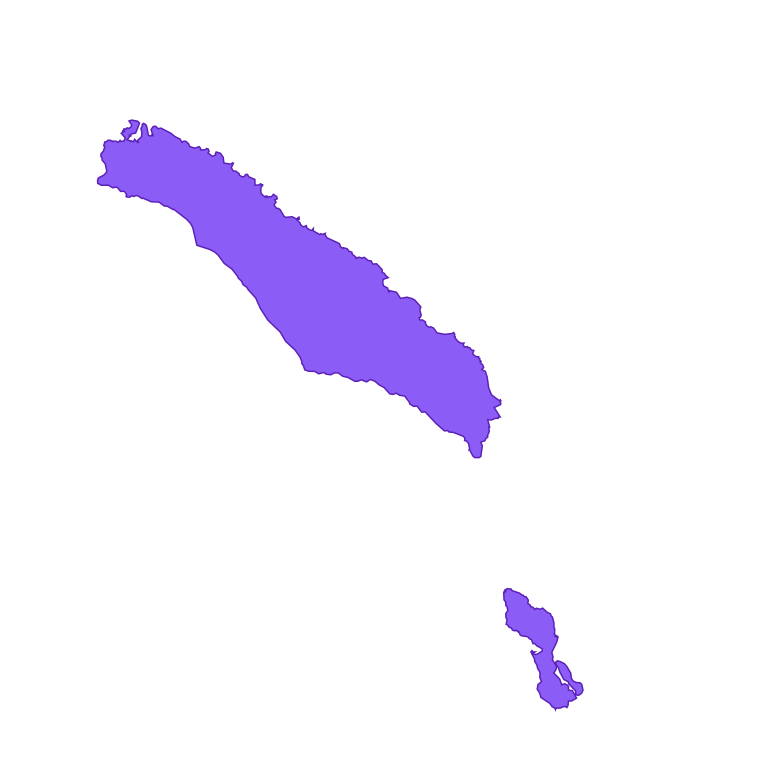 Ranongga-Simbo, Western, Solomon Islands, rotated 320°
{"feature_id": "97153195B5229435776265", "entity_name": "Ranongga-Simbo", "entity_type": "district", "adm_level": 2, "iso_a3": "SLB", "parent_name": "Solomon Islands", "parent_adm1": "Western", "projection": "natural_earth1", "projection_center": [156.559, -8.122], "detail": "fine", "context": "isolated", "style": "filled", "palette": "violet", "viewbox_px": 768, "rotation_deg": 320, "n_neighbors": 0, "source": "geoboundaries", "source_scale": "gbopen_adm2", "svg_char_len": 6058}
<svg xmlns="http://www.w3.org/2000/svg" viewBox="0 0 768 768"><g transform="rotate(320 384 384)"><path d="M474.3,416.1L472.8,413.9L473.0,411.2L471.6,409.9L471.9,408.9L469.3,407.3L470.1,404.6L471.6,404.1L469.2,402.2L468.0,398.8L468.1,394.5L469.0,393.4L468.7,392.5L470.1,391.5L470.5,389.4L468.3,388.9L462.4,385.0L457.5,378.9L457.9,372.9L456.6,370.2L455.0,369.6L454.3,367.6L454.4,364.9L455.7,363.0L454.7,359.8L452.6,358.0L453.4,355.9L455.1,356.2L456.8,355.1L459.0,350.3L461.7,348.7L461.6,339.8L460.5,336.8L457.4,332.3L451.7,329.0L452.5,321.7L448.1,315.8L446.6,317.2L448.4,312.6L446.7,308.6L447.9,305.9L450.5,303.3L455.6,305.2L455.0,301.8L455.4,299.6L454.4,297.6L456.1,295.1L455.6,287.2L452.4,284.8L453.3,281.5L451.2,279.2L450.4,274.4L447.9,273.3L446.3,270.7L443.2,269.7L444.0,268.6L443.1,264.1L444.1,262.4L442.6,260.0L442.7,256.7L440.4,253.4L439.7,253.8L438.9,251.0L440.0,248.3L439.7,246.9L434.3,235.4L434.8,231.7L435.9,230.9L432.6,229.6L432.1,228.2L430.8,228.2L428.2,221.0L429.7,219.5L427.5,219.9L426.5,219.0L425.2,215.0L426.2,212.8L423.3,211.7L422.7,210.3L422.6,207.5L423.3,206.6L422.8,202.4L425.1,203.3L426.1,201.5L423.0,201.3L421.2,196.9L415.8,193.1L415.2,191.3L416.5,183.9L416.0,181.8L414.6,180.2L414.7,176.9L415.5,175.9L418.1,175.4L418.7,172.6L421.2,173.5L422.3,171.5L421.2,167.6L418.1,168.3L417.1,167.0L415.1,166.5L415.2,164.8L414.5,164.2L413.4,165.0L412.4,161.3L412.6,158.5L414.6,155.8L417.3,153.6L418.3,154.1L419.1,153.4L417.9,151.1L416.8,151.6L413.0,148.8L416.6,144.3L413.6,138.4L414.1,135.6L412.6,134.6L410.4,135.2L408.6,134.3L407.4,131.2L408.2,129.7L407.4,125.8L405.4,124.0L406.1,120.1L410.5,118.1L410.1,117.2L407.9,117.1L403.4,111.8L406.6,106.9L407.0,102.1L404.6,98.4L402.8,99.2L402.4,100.3L398.9,99.4L397.7,93.9L399.6,93.3L400.4,91.0L399.6,89.7L397.3,89.4L394.0,86.8L395.0,85.3L394.9,83.3L390.8,81.8L387.8,77.3L388.7,74.4L388.3,71.0L386.9,69.3L384.6,69.0L385.2,65.2L382.9,60.2L382.0,55.1L377.6,44.6L375.1,43.2L374.7,39.7L372.7,38.4L369.1,39.4L366.7,45.2L366.1,43.9L364.6,44.1L363.4,42.0L367.9,33.9L368.2,32.1L367.4,29.8L365.6,29.7L364.8,30.9L362.0,32.1L360.4,35.4L357.3,38.7L351.9,39.0L351.1,39.4L351.1,41.0L350.4,40.5L350.9,39.8L350.2,38.7L350.3,36.3L347.8,37.3L346.7,35.3L345.5,35.2L345.7,34.2L344.2,31.8L348.2,31.0L348.8,29.9L349.4,31.2L351.0,30.0L355.1,32.1L364.4,27.0L364.2,24.3L360.4,19.7L357.7,18.6L357.3,23.3L355.3,24.6L352.7,24.1L351.8,22.6L350.5,23.1L348.9,21.4L347.7,22.1L348.0,23.5L347.0,23.5L346.3,22.3L345.6,23.1L343.9,23.0L344.0,29.1L340.8,30.8L338.3,28.8L338.4,27.7L335.7,28.1L335.1,26.2L332.6,23.7L331.8,23.8L331.2,21.6L329.0,19.7L327.0,20.1L325.8,19.1L322.5,21.3L322.7,22.7L318.8,25.2L315.2,25.8L313.5,27.5L313.2,29.7L311.9,31.4L312.0,36.0L308.7,42.4L307.3,43.5L303.6,43.9L297.9,42.6L295.7,43.6L293.7,46.3L295.2,50.1L300.7,54.6L302.3,59.3L305.6,61.1L306.1,62.2L306.0,67.1L308.6,69.2L309.0,70.5L308.4,73.9L307.1,74.3L307.1,75.3L309.4,77.5L312.0,77.7L312.8,79.5L315.1,80.2L316.4,81.6L317.8,86.3L319.1,87.2L322.8,94.7L328.6,100.1L330.0,106.2L332.4,108.8L334.5,114.7L335.3,115.2L338.7,131.1L339.0,136.8L338.0,141.3L329.8,157.4L337.1,169.1L339.1,173.9L339.8,178.6L339.1,189.0L341.4,198.4L341.1,207.3L340.4,209.3L341.0,213.3L339.9,217.4L341.1,221.8L340.6,224.4L341.0,235.7L337.9,246.5L336.1,260.4L337.9,277.5L336.1,288.0L337.7,301.0L337.0,309.2L335.4,314.4L334.2,315.3L334.1,318.1L332.4,322.2L334.5,325.8L339.1,329.9L340.5,334.2L345.5,336.6L345.8,339.0L349.0,342.6L353.6,343.9L356.1,346.1L357.4,351.6L360.6,355.9L363.4,363.2L365.8,365.1L369.2,366.1L372.0,371.2L376.4,371.7L378.8,376.0L379.7,381.5L381.8,386.8L382.1,395.3L384.1,397.7L387.5,399.0L388.7,402.6L392.1,406.6L391.7,414.2L390.9,415.7L392.3,420.2L395.1,422.1L394.8,429.9L397.6,431.8L398.5,447.8L400.2,458.8L402.8,460.6L402.9,462.5L405.9,465.5L411.2,475.1L411.1,477.6L409.4,479.1L410.6,480.9L410.5,484.0L408.2,488.2L406.9,489.1L407.4,489.2L405.8,496.1L406.1,498.6L409.6,501.5L411.7,501.7L419.7,494.4L420.6,490.7L424.8,492.3L426.9,491.2L429.3,491.4L430.1,490.1L434.3,487.9L435.8,485.3L436.9,485.1L436.6,484.3L437.5,484.4L440.5,478.0L443.1,480.6L447.1,481.8L449.4,483.7L450.6,483.0L451.8,484.0L453.3,472.8L459.3,474.6L460.8,474.3L461.6,471.9L462.7,472.1L462.9,470.9L462.2,471.0L461.3,469.7L459.4,461.5L461.6,454.4L467.5,445.0L469.8,439.4L468.1,435.8L470.9,435.5L471.9,432.8L471.6,429.3L473.0,429.0L472.6,427.3L473.8,426.1L473.1,424.4L474.0,423.9L472.2,422.3L471.3,418.8L471.7,417.5L474.3,416.1ZM363.8,667.1L362.2,663.6L361.5,657.7L358.7,656.8L356.7,653.8L354.5,653.5L354.6,650.9L353.2,648.7L353.9,647.6L353.1,644.5L355.6,642.4L356.1,638.5L354.8,637.0L354.9,635.3L354.3,635.1L353.4,631.3L349.3,624.6L349.6,622.8L346.9,620.0L344.4,619.6L344.5,620.7L342.1,621.4L343.7,619.8L341.6,620.7L337.2,626.6L337.0,629.4L334.9,632.0L335.1,633.9L333.1,637.2L329.8,638.1L327.4,641.1L326.7,643.7L323.1,646.6L323.7,647.9L323.5,650.9L324.8,652.8L324.2,654.9L325.6,657.3L326.9,657.3L327.4,660.3L328.1,660.3L327.1,663.3L327.4,665.1L331.7,670.1L331.6,672.6L332.7,674.5L331.2,678.7L332.7,679.7L332.7,682.5L335.0,688.7L333.4,690.2L327.8,689.5L326.0,688.4L324.9,686.6L325.1,684.9L325.1,686.2L327.5,686.3L326.1,685.2L326.0,683.3L324.3,683.7L322.5,691.7L321.2,693.1L320.5,697.4L318.8,700.9L318.2,705.1L314.7,709.0L313.4,713.2L308.8,713.2L305.2,716.2L304.5,721.2L302.7,724.9L305.7,735.2L305.4,739.1L306.5,742.3L306.0,743.7L307.4,742.9L311.0,745.7L313.8,746.4L315.8,747.9L316.1,749.4L318.5,748.4L321.5,745.4L323.9,747.4L329.6,748.4L331.2,739.9L328.6,737.1L330.8,734.4L331.0,732.8L329.8,729.8L326.8,728.6L328.9,723.0L328.3,714.6L332.8,713.0L334.7,711.2L335.8,703.4L337.9,701.9L340.1,697.4L349.9,693.0L354.7,689.7L354.6,688.4L353.8,688.8L352.9,687.4L354.0,687.3L353.7,685.8L353.1,686.0L357.2,681.6L357.9,679.5L360.7,676.1L363.2,670.9L363.0,669.0L363.8,667.1ZM342.5,717.7L342.4,714.1L340.4,709.6L338.9,707.5L336.8,707.5L335.5,709.4L335.3,713.4L333.6,717.5L331.8,725.9L333.7,730.5L332.8,732.4L333.5,742.2L331.4,745.0L332.0,746.8L333.9,747.8L336.8,747.8L339.6,746.5L342.3,741.4L342.3,739.2L339.2,735.9L337.9,732.8L338.5,729.7L341.2,725.5L342.5,717.7Z" fill="#8b5cf6" stroke="#5b21b6" stroke-width="1.5"/></g></svg>